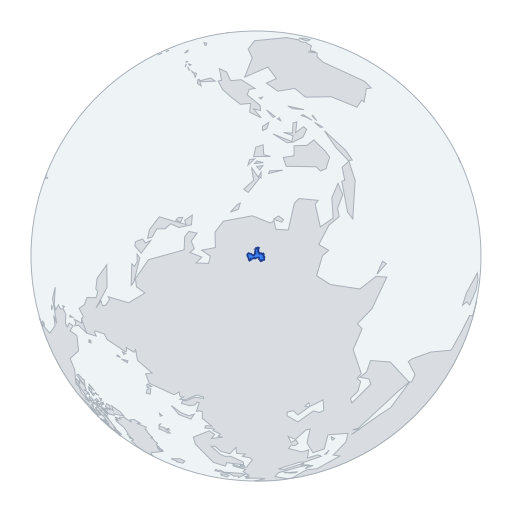 globe centered on Chongqing, rotated 221°
{"feature_id": "CHN-1154", "entity_name": "Chongqing", "entity_type": "Municipality", "adm_level": 1, "iso_a3": "CHN", "parent_name": "China", "parent_adm1": "", "projection": "orthographic", "projection_center": [107.845, 30.195], "detail": "fine", "context": "on_globe", "style": "filled", "palette": "blue", "viewbox_px": 512, "rotation_deg": 221, "n_neighbors": 0, "source": "natural_earth", "source_scale": "10m", "svg_char_len": 15010}
<svg xmlns="http://www.w3.org/2000/svg" viewBox="0 0 512 512"><g transform="rotate(221 256 256)"><circle cx="256" cy="256" r="225" fill="#eef3f6" stroke="#a8b0b8"/><path d="M462.1,343.3L461.7,344.4L461.6,344.8L462.1,343.3ZM379.4,67.5L375.2,64.9L374.4,64.4L379.4,67.5ZM373.3,63.7L370.3,62.0L371.3,63.0L373.0,64.3L361.0,62.5L361.9,71.6L369.6,78.3L362.1,74.3L381.7,90.5L387.0,100.7L376.4,87.0L371.8,84.0L373.1,89.5L368.7,87.7L366.7,89.6L361.3,87.3L355.6,80.1L351.9,78.7L353.1,82.7L348.3,83.4L347.2,77.6L338.8,78.4L327.7,68.0L329.1,56.7L318.4,51.3L307.8,41.3L304.2,41.3L297.9,38.3L291.4,37.4L291.3,36.4L286.2,36.6L287.6,37.8L285.8,38.4L282.1,38.1L281.3,36.6L283.1,36.5L280.9,36.0L282.1,35.4L279.4,35.5L278.9,34.1L273.9,35.3L268.9,33.9L270.1,33.1L277.1,33.5L297.2,34.8L300.5,35.2L299.3,34.9L314.9,38.5L330.1,43.3L345.0,49.0L359.4,55.9L373.3,63.7ZM266.6,31.0L266.2,31.0L266.9,31.2L259.1,31.0L251.1,30.8L250.6,30.8L266.6,31.0ZM243.1,31.1L241.3,31.2L239.8,31.3L243.1,31.1ZM467.8,180.8L466.1,176.9L466.6,177.3L467.8,180.8ZM465.3,176.0L465.9,177.0L465.5,176.4L465.3,176.0ZM465.2,176.5L465.3,176.1L465.4,177.0L465.2,176.5ZM465.4,177.8L465.2,176.9L465.3,177.2L465.4,177.8ZM464.8,178.5L464.6,178.5L464.3,177.3L464.8,178.5ZM374.4,65.3L371.8,63.2L372.6,63.3L375.2,65.1L374.4,65.3ZM372.3,66.5L369.9,64.6L374.4,66.4L374.4,66.9L372.3,66.5ZM376.1,83.9L374.9,81.1L377.6,84.5L376.1,83.9ZM367.4,90.3L369.2,91.8L367.4,92.2L367.4,90.3ZM271.1,31.4L269.0,31.3L270.0,31.3L271.1,31.4ZM273.3,31.8L275.9,31.9L277.4,32.1L275.7,32.0L273.3,31.8ZM357.5,89.2L354.1,89.6L356.6,87.8L357.5,89.2ZM269.8,31.7L279.6,32.5L282.1,32.9L278.0,33.3L269.8,31.7ZM351.5,89.1L343.5,91.0L346.7,94.2L333.0,86.7L344.4,87.3L346.9,84.4L348.1,87.4L351.5,89.1ZM289.6,38.3L288.0,37.0L292.8,38.4L289.6,38.3ZM293.1,39.1L310.3,43.6L310.8,45.7L304.9,43.6L308.3,47.0L300.1,45.7L296.4,43.6L297.7,42.3L293.6,42.9L293.1,39.1ZM326.7,82.6L323.9,82.2L325.7,81.3L326.7,82.6ZM285.5,38.8L288.9,39.3L289.6,41.1L282.9,40.4L284.8,40.0L285.5,38.8ZM313.2,48.6L312.6,50.1L305.7,49.4L304.6,50.0L300.0,45.9L313.2,48.6ZM282.8,39.5L279.4,40.1L275.7,39.1L282.2,38.4L282.8,39.5ZM292.6,41.9L292.6,42.9L290.4,42.1L292.6,41.9ZM260.8,36.6L264.8,36.8L265.5,37.7L260.8,36.6ZM278.4,40.4L279.7,40.7L280.4,41.2L277.5,41.5L278.4,40.4ZM295.5,45.9L292.8,45.4L297.0,47.5L292.1,47.4L289.9,44.8L288.8,45.9L287.3,45.9L287.2,43.8L295.5,45.9ZM276.8,43.3L272.4,40.5L264.7,39.7L263.8,38.8L276.4,40.3L276.8,43.3ZM282.9,43.7L279.0,43.2L279.9,42.1L283.2,41.9L282.9,43.7ZM289.5,48.4L297.6,49.2L297.8,49.8L289.5,48.4ZM274.4,43.2L275.5,43.9L273.7,43.2L274.4,43.2ZM284.7,46.9L287.5,47.0L287.6,47.7L284.7,46.9ZM275.4,45.4L274.0,44.4L276.2,44.1L275.4,45.4ZM279.5,46.2L279.0,47.1L277.8,44.6L280.7,46.1L279.5,46.2ZM284.3,47.5L285.3,47.9L283.1,47.4L284.3,47.5ZM267.9,47.4L265.8,44.3L270.7,43.5L272.0,46.5L267.9,47.4ZM88.3,105.6L88.7,105.1L83.0,112.1L78.8,124.8L77.1,128.4L70.4,135.4L61.5,160.0L67.1,156.5L66.2,174.8L70.2,182.5L84.4,168.3L77.9,155.2L83.9,144.9L94.9,148.4L101.6,161.0L104.2,157.5L105.9,143.5L113.5,140.9L107.2,138.3L105.2,143.4L101.2,142.2L102.7,137.6L105.4,136.7L105.1,132.0L92.5,138.5L89.2,144.4L84.7,137.4L78.7,146.7L75.3,147.8L84.1,132.5L87.9,128.9L99.3,110.1L94.9,113.1L83.9,131.4L84.6,128.2L78.5,133.4L83.7,127.0L96.9,107.2L96.9,102.0L86.2,108.6L88.4,105.5L92.8,100.7L97.1,96.3L109.6,85.2L103.0,93.9L108.1,90.2L118.5,81.2L115.7,84.9L119.1,82.6L117.5,85.9L124.3,84.8L124.0,88.0L135.3,82.6L136.7,83.7L129.6,86.4L124.6,90.4L125.0,99.7L127.6,100.0L134.9,95.9L134.1,99.4L141.1,94.3L145.6,98.4L146.0,89.5L154.6,85.5L162.0,85.6L164.9,83.0L152.8,82.9L148.0,84.5L143.7,88.2L130.4,92.2L128.4,90.3L142.5,80.8L141.2,77.4L152.8,72.3L178.3,74.2L184.5,78.2L176.6,93.3L170.2,94.3L169.8,89.1L162.2,97.6L166.6,95.1L166.0,98.3L174.0,96.0L173.9,98.2L181.8,92.6L182.6,95.1L177.6,98.6L190.2,98.3L194.1,103.2L197.0,102.2L199.0,99.7L202.7,108.0L204.7,106.9L204.2,103.7L207.8,99.6L215.6,95.8L216.5,98.9L213.8,100.7L209.4,109.4L202.1,114.2L203.3,115.2L209.8,111.8L215.1,101.0L219.6,97.9L218.0,102.9L218.9,100.9L221.4,100.3L224.7,102.9L226.9,97.5L253.1,89.9L262.0,94.7L257.7,99.5L276.9,99.5L285.5,106.3L285.0,103.2L293.9,101.9L291.4,99.6L291.8,98.1L313.5,95.3L319.3,97.6L328.1,94.1L327.9,92.6L324.1,90.7L333.0,86.7L346.7,94.2L346.5,97.1L355.2,100.4L353.6,106.7L356.3,113.8L349.4,119.7L352.1,125.3L355.3,126.1L361.3,134.9L362.9,151.5L347.8,134.6L342.7,111.9L343.6,120.5L339.3,117.8L337.1,120.6L338.1,127.2L340.8,128.3L321.4,137.1L315.6,155.2L326.0,154.3L332.2,159.9L334.7,182.7L314.3,213.5L322.5,223.8L322.8,230.5L315.4,234.6L314.7,224.8L307.4,221.1L308.2,215.3L296.1,219.6L296.6,211.5L286.9,219.3L290.3,225.9L300.8,224.7L292.2,235.7L302.6,247.2L303.5,260.8L285.1,284.0L266.8,290.3L265.6,294.4L258.5,289.2L248.7,296.8L261.7,321.0L261.2,327.6L245.6,338.8L245.3,333.9L226.5,320.1L222.7,335.3L236.9,349.6L241.8,364.7L230.7,359.1L225.8,345.6L219.1,340.3L221.2,327.0L216.1,305.8L204.9,308.0L206.0,299.8L197.3,280.9L181.3,283.2L155.9,299.3L152.0,319.4L143.4,325.9L133.9,292.3L135.0,271.3L128.2,270.7L121.3,249.1L99.5,236.4L99.4,230.1L94.7,230.0L90.3,220.5L91.3,210.5L87.2,208.0L85.3,234.5L90.0,237.4L98.1,232.6L96.4,241.1L101.0,252.2L85.1,264.1L57.8,261.2L60.2,245.3L65.7,193.3L68.3,189.6L68.6,189.1L69.0,188.1L64.2,193.4L66.9,183.8L58.5,217.3L54.9,229.9L57.4,261.8L55.9,263.1L58.2,270.9L71.8,276.2L70.7,281.0L61.2,298.0L46.9,313.0L51.7,335.2L55.7,351.2L53.2,353.0L60.0,366.9L59.8,366.7L52.2,352.0L45.7,336.9L40.4,321.3L36.2,305.3L33.2,289.1L31.3,272.7L30.7,256.2L31.3,239.8L33.1,223.4L36.1,207.2L40.2,191.2L45.6,175.6L52.0,160.4L59.5,145.8L68.1,131.7L77.7,118.3L88.3,105.6ZM103.5,184.0L111.0,191.4L116.6,177.8L119.9,179.8L120.6,174.6L117.0,176.8L120.0,163.6L126.4,163.7L130.1,158.6L127.8,155.9L115.5,158.2L111.1,176.7L105.6,179.4L103.5,184.0ZM139.7,68.4L136.2,71.2L132.5,72.7L132.8,70.3L138.2,67.8L139.7,68.4ZM132.2,74.9L146.1,67.0L146.4,68.7L143.9,69.0L142.7,70.9L138.3,71.9L125.0,81.9L120.8,84.1L123.8,77.4L125.1,78.2L128.4,75.2L132.2,74.9ZM181.0,49.2L187.1,47.3L180.0,53.3L175.2,54.5L175.2,51.7L180.9,48.7L181.0,49.2ZM260.6,32.8L263.4,32.7L263.6,33.0L261.4,33.3L260.6,32.8ZM262.6,36.6L248.8,33.9L251.2,33.5L240.2,33.1L242.4,32.1L249.5,32.3L242.9,31.6L250.1,31.3L244.9,31.2L260.5,31.6L266.8,31.8L258.9,31.8L256.8,32.6L257.7,33.1L265.1,34.7L277.5,36.1L277.3,37.7L273.9,38.4L270.9,38.3L271.9,37.2L267.1,37.9L266.4,36.2L262.6,36.6ZM233.7,53.9L236.2,51.4L226.5,54.9L225.7,52.3L224.6,52.9L221.2,51.6L215.1,51.2L215.8,49.9L213.2,50.3L210.8,49.7L207.4,50.0L207.5,48.0L203.3,48.3L205.7,47.2L198.5,48.4L203.9,46.6L201.4,46.0L197.5,48.0L205.9,39.1L205.3,37.7L201.9,37.7L211.6,35.5L220.9,34.4L228.7,34.8L227.9,36.9L232.4,35.8L233.4,36.7L229.4,37.1L236.1,37.0L235.8,37.9L242.8,39.9L252.5,39.8L255.3,40.8L251.4,41.3L256.9,42.0L251.3,43.9L253.2,44.8L249.6,47.8L240.8,48.8L243.6,49.8L241.0,52.5L233.7,53.9ZM266.6,48.2L256.3,49.3L250.8,48.6L259.5,43.7L258.5,42.7L263.9,40.1L271.7,41.4L269.5,41.9L269.1,42.8L266.8,42.0L268.4,43.3L265.3,44.2L265.7,45.5L262.3,45.5L266.6,48.2ZM79.5,127.6L79.0,129.6L79.2,131.9L75.4,135.5L79.5,127.6ZM88.3,114.0L88.4,114.9L83.1,120.5L83.7,118.6L88.3,114.0ZM93.1,111.0L88.9,114.5L91.5,111.5L93.1,111.0ZM130.2,87.3L131.0,88.3L129.3,89.6L126.8,90.3L130.2,87.3ZM204.6,66.1L206.9,64.2L208.2,64.4L215.9,61.8L217.1,63.9L212.9,66.3L204.6,66.1ZM80.7,169.0L76.9,169.9L77.5,167.1L78.7,167.3L80.7,169.0ZM74.0,151.7L73.4,157.7L73.0,152.7L74.0,151.7ZM207.2,67.9L210.2,66.6L208.9,68.5L207.2,67.9ZM218.4,65.4L217.6,67.5L218.1,63.9L218.4,65.4ZM162.5,460.4L167.2,462.6L164.2,461.4L162.5,460.4ZM72.9,366.1L77.8,388.3L72.8,383.6L67.4,374.2L62.6,359.1L66.9,359.7L67.8,354.3L72.9,366.1ZM298.9,398.0L305.6,398.5L305.4,399.3L298.9,398.0ZM291.8,395.3L299.6,395.3L290.4,397.1L291.8,395.3ZM302.6,395.3L310.5,393.3L313.9,391.7L313.3,393.5L302.6,395.3ZM286.5,395.4L257.7,394.6L246.3,391.6L249.0,388.6L267.4,390.4L286.5,395.4ZM248.1,388.5L230.7,378.0L207.3,347.5L215.7,349.2L240.3,368.7L238.7,371.4L249.2,379.5L248.1,388.5ZM290.1,373.0L288.5,381.5L272.6,380.6L265.3,379.0L260.4,367.9L263.1,362.4L269.1,362.8L292.1,343.5L300.1,348.2L293.0,356.6L299.6,364.1L290.1,373.0ZM152.8,321.6L157.1,335.0L152.6,335.7L152.8,321.6ZM301.5,329.3L292.1,338.3L300.7,326.4L301.5,329.3ZM306.5,318.0L307.1,322.6L303.3,318.2L306.5,318.0ZM265.3,300.9L259.0,301.6L258.9,298.3L266.9,295.4L265.3,300.9ZM304.1,272.3L303.9,282.2L302.6,285.6L299.9,279.7L304.1,272.3ZM221.8,87.6L209.8,88.5L201.9,91.4L198.8,96.1L198.1,90.2L210.2,85.7L221.8,87.6ZM249.1,89.1L251.8,85.5L254.1,87.2L253.8,88.3L249.1,89.1ZM248.3,86.8L245.2,82.3L248.9,80.4L250.7,84.3L248.3,86.8ZM225.7,74.0L222.1,74.0L223.2,72.3L225.7,74.0ZM357.0,454.7L358.5,451.7L366.5,448.6L361.7,452.5L357.0,454.7ZM423.5,406.7L424.6,405.4L423.9,406.2L423.5,406.7ZM332.5,446.3L288.6,459.1L279.3,458.4L282.4,454.7L275.4,443.0L278.5,443.2L277.4,434.6L303.8,425.5L322.9,408.4L336.7,407.9L347.7,394.7L361.7,393.3L357.0,403.3L370.9,406.4L381.9,383.6L388.8,403.1L397.7,407.0L398.3,417.5L376.1,441.0L364.9,447.5L363.4,446.8L358.6,449.7L352.1,451.0L350.0,446.6L345.1,449.3L350.5,444.2L343.2,449.3L340.5,446.4L332.5,446.3ZM431.8,382.1L433.4,381.6L435.4,383.1L432.8,384.3L431.8,382.1ZM457.8,351.5L458.0,352.2L456.5,354.3L457.8,351.5ZM461.6,344.8L459.8,347.5L462.1,343.3L461.6,344.8ZM442.4,364.8L443.1,365.5L442.3,366.5L442.4,364.8ZM441.8,364.9L443.1,362.1L442.7,364.3L441.8,364.9ZM434.7,358.2L435.8,356.5L436.3,357.1L434.7,358.2ZM315.7,398.0L325.2,391.1L330.4,390.1L315.7,398.0ZM433.3,356.6L430.5,357.7L430.9,356.3L433.3,356.6ZM433.6,353.6L433.4,352.1L434.9,355.2L433.6,353.6ZM428.5,352.3L431.7,353.8L428.0,352.8L428.5,352.3ZM426.4,353.6L423.9,353.3L424.1,352.7L426.4,353.6ZM397.2,366.1L406.6,373.4L398.8,375.6L390.1,371.7L382.8,379.4L366.6,381.8L370.5,377.3L368.4,371.9L351.5,372.3L348.0,368.8L354.2,365.4L342.8,363.7L355.2,360.4L360.2,367.7L367.2,360.3L379.1,359.6L390.4,359.7L399.4,363.2L397.2,366.1ZM355.1,377.9L357.3,377.5L355.3,380.2L355.1,377.9ZM419.2,350.9L422.8,353.2L422.3,354.3L420.5,354.5L419.2,350.9ZM401.5,361.3L411.2,351.9L413.4,351.2L407.0,360.6L401.5,361.3ZM408.9,348.3L413.4,347.8L415.6,350.7L414.7,352.0L408.9,348.3ZM329.8,373.5L329.3,375.7L326.0,374.3L329.8,373.5ZM334.0,371.8L343.8,373.2L333.1,373.8L334.0,371.8ZM304.1,365.9L307.0,371.1L316.2,367.3L309.2,372.5L315.3,380.8L313.2,384.1L307.1,375.2L304.9,384.8L300.8,384.8L298.6,376.6L302.8,366.3L306.8,361.9L323.3,359.3L304.1,365.9ZM334.0,365.3L331.4,359.3L333.3,354.9L336.1,358.0L334.0,365.3ZM323.6,344.6L316.6,337.5L310.4,340.7L323.0,329.4L327.6,338.1L323.6,344.6ZM317.6,328.3L311.7,331.3L317.8,324.8L317.6,328.3ZM310.2,328.8L309.5,323.4L314.1,324.0L310.2,328.8ZM320.7,328.4L321.7,319.3L324.1,324.5L320.7,328.4ZM307.4,311.5L317.5,319.9L304.4,316.6L303.6,298.9L309.1,298.4L307.4,311.5ZM336.6,237.1L335.1,232.0L340.0,230.4L339.7,234.3L336.6,237.1ZM354.7,222.2L340.9,228.4L329.5,233.9L333.2,236.1L330.9,245.1L325.2,237.2L332.9,226.9L341.6,224.4L342.5,216.9L348.7,211.4L346.8,202.3L349.4,198.2L353.7,205.8L354.7,222.2ZM345.6,198.6L344.5,182.7L354.0,184.1L356.3,187.8L352.8,194.4L348.1,193.3L345.6,198.6ZM347.0,179.4L342.4,178.3L331.0,156.1L330.9,151.9L344.6,168.6L340.9,168.6L342.1,174.1L347.0,179.4ZM325.0,83.8L324.0,82.3L326.4,83.5L325.0,83.8ZM290.2,96.9L291.2,95.0L294.0,96.1L290.2,96.9ZM295.6,90.5L291.7,90.5L295.5,89.2L295.6,90.5ZM283.1,91.0L290.0,89.9L283.9,92.9L283.1,91.0Z" fill="#d9dde1" stroke="#a8b0b8" stroke-width="1"/><path d="M255.9,253.6L256.0,253.6L256.3,253.3L256.4,253.2L256.4,252.9L256.5,252.7L256.7,252.1L256.6,251.9L257.1,251.6L257.2,251.3L257.2,251.1L257.3,251.0L257.3,250.9L257.6,250.9L257.9,250.6L258.0,250.3L258.2,250.1L258.3,250.0L258.3,249.9L258.2,249.8L258.2,249.7L257.9,249.5L257.5,249.2L257.4,249.2L257.6,248.8L257.7,248.6L257.9,248.6L257.7,248.3L257.7,248.2L257.8,248.2L258.2,248.1L258.5,248.2L258.7,248.5L259.0,248.6L259.5,248.9L259.7,249.0L260.0,249.1L260.4,249.4L260.7,249.9L260.8,250.0L261.0,250.0L261.8,249.9L262.1,250.0L262.3,250.3L262.3,250.6L262.7,250.6L263.0,250.7L263.1,250.8L263.5,251.1L263.7,251.5L263.7,251.8L263.8,251.9L263.8,252.0L263.7,252.2L263.6,252.3L263.6,252.5L263.7,252.8L263.7,253.1L263.5,253.4L263.4,253.5L263.3,253.4L263.1,253.4L263.0,253.2L262.9,253.2L262.4,253.4L262.4,253.5L262.1,253.7L262.1,253.9L261.9,254.0L261.6,254.1L261.4,254.4L261.2,254.4L261.1,254.5L260.9,254.4L260.7,254.4L260.5,254.5L260.4,254.5L260.2,254.4L259.8,254.4L259.7,254.4L259.6,254.5L259.3,254.6L259.0,254.7L258.9,254.7L258.7,254.5L258.5,254.8L258.0,254.8L257.9,254.9L257.8,255.2L257.8,255.3L258.3,255.5L258.4,255.8L258.3,256.1L258.3,256.3L258.4,256.7L258.4,256.8L258.3,257.0L258.4,257.3L258.0,257.4L257.9,257.4L257.9,257.5L258.0,257.6L258.0,257.8L258.3,257.9L258.4,257.6L258.5,257.5L258.6,257.3L258.8,257.5L258.9,257.8L259.1,258.0L259.3,258.1L259.5,258.2L259.6,258.4L259.5,258.8L259.7,259.0L259.7,259.3L260.0,259.5L260.2,259.8L260.9,260.5L261.0,260.5L260.9,260.6L260.8,260.9L260.8,261.1L260.8,261.5L261.0,261.8L260.9,261.8L260.9,262.0L260.7,262.1L260.8,262.2L260.9,262.3L261.0,262.3L260.9,262.5L260.7,262.7L260.6,262.8L260.4,263.4L260.3,263.6L260.3,263.8L260.2,263.8L259.8,263.8L259.6,263.8L259.3,263.7L259.2,263.7L259.1,263.8L259.1,263.7L259.2,262.9L259.1,262.7L258.9,262.7L258.8,262.8L258.7,262.8L258.8,262.9L258.9,263.0L258.9,263.3L258.7,263.3L258.6,263.1L258.6,262.9L258.5,262.7L258.6,262.3L258.5,262.2L258.4,262.1L257.9,262.0L257.7,261.9L257.6,261.7L257.8,261.6L257.8,261.4L257.7,261.2L257.6,260.7L257.6,260.4L257.1,260.5L256.7,260.4L256.5,260.5L256.2,260.7L256.1,260.8L255.9,260.7L255.8,260.2L255.7,260.1L255.4,260.1L255.0,260.0L254.9,259.9L254.8,259.7L254.7,259.8L254.6,260.0L254.5,260.3L254.6,260.5L254.8,260.6L254.7,260.9L254.7,261.1L254.1,261.4L254.0,261.5L253.9,261.4L253.6,261.2L253.4,261.1L253.2,261.1L253.0,261.5L252.9,261.5L252.8,261.4L252.7,261.5L252.6,261.9L252.6,262.1L252.5,262.3L252.4,262.3L252.2,262.3L252.2,262.7L251.9,262.6L251.7,262.6L251.7,262.3L251.8,262.1L251.6,261.6L251.3,261.3L251.2,261.3L251.2,261.5L251.3,261.6L251.4,261.8L251.4,262.0L251.3,262.3L251.3,262.5L251.2,262.5L251.0,262.4L250.9,262.3L250.8,262.2L250.7,261.9L250.6,261.7L250.5,261.2L250.4,261.1L250.1,261.0L249.7,260.8L249.7,260.7L249.6,260.8L249.2,261.0L248.9,260.9L248.8,260.7L248.8,260.4L248.7,260.2L248.8,260.0L248.7,259.9L248.6,259.7L248.7,259.4L248.5,259.6L248.3,259.5L248.0,259.5L247.8,259.4L247.7,259.3L247.7,259.0L247.6,258.9L247.4,258.8L247.3,258.6L247.2,258.4L247.3,258.3L247.3,258.2L247.5,258.0L247.6,257.9L247.8,257.9L248.0,257.7L248.2,257.4L248.5,257.3L248.7,257.2L248.7,256.9L248.8,256.7L248.6,256.4L248.4,256.3L248.3,256.2L248.2,256.1L248.3,255.9L248.5,255.9L248.5,255.7L248.8,255.6L248.8,255.4L249.1,255.0L249.3,255.1L249.7,255.2L250.2,255.4L250.3,255.5L250.5,255.8L250.7,255.7L250.8,255.7L251.0,255.7L251.3,255.5L251.5,255.4L251.6,255.5L251.8,255.7L251.9,256.0L252.0,256.1L252.1,256.4L252.2,256.5L252.3,256.6L252.6,256.5L253.0,256.5L253.3,256.5L253.4,256.3L253.6,256.2L253.8,255.9L254.0,255.5L254.4,254.8L254.5,254.7L254.8,254.4L254.8,254.2L254.7,254.0L254.7,253.8L254.7,253.7L254.9,253.5L255.0,253.4L255.2,253.5L255.3,253.5L255.4,253.4L255.6,253.3L255.8,253.6L255.9,253.6Z" fill="#3b82f6" stroke="#1e3a8a" stroke-width="1.5"/></g></svg>